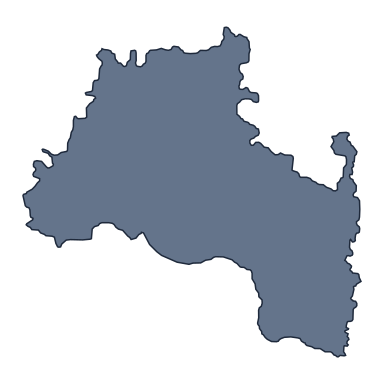 the district of Yizre'el, HaZafon, Israel
{"feature_id": "584046B83064859640631", "entity_name": "Yizre'el", "entity_type": "district", "adm_level": 2, "iso_a3": "ISR", "parent_name": "Israel", "parent_adm1": "HaZafon", "projection": "natural_earth1", "projection_center": [35.352, 32.606], "detail": "fine", "context": "isolated", "style": "filled", "palette": "slate", "viewbox_px": 384, "rotation_deg": 0, "n_neighbors": 0, "source": "geoboundaries", "source_scale": "gbopen_adm2", "svg_char_len": 5890}
<svg xmlns="http://www.w3.org/2000/svg" viewBox="0 0 384 384"><path d="M34.3,161.4L33.4,164.3L33.6,166.6L35.5,168.1L35.8,169.9L35.3,171.0L33.7,172.5L33.0,174.6L33.7,176.4L39.6,178.6L39.6,180.9L37.5,182.8L35.0,186.3L32.2,189.2L26.8,192.2L26.4,193.5L23.5,194.4L23.0,195.7L25.3,205.7L26.7,207.1L29.0,207.8L29.9,209.9L30.3,215.8L30.9,217.3L33.0,218.3L32.7,219.8L26.8,223.7L26.2,224.8L27.9,226.3L30.3,227.4L31.8,229.6L38.4,230.1L40.6,232.9L44.4,234.4L45.9,235.7L52.1,236.2L54.4,237.2L55.9,243.4L57.6,246.8L58.8,247.2L60.6,246.9L61.7,244.1L66.2,240.1L70.4,239.6L82.7,239.9L90.1,239.2L91.4,238.7L92.2,229.0L94.5,226.6L98.2,225.5L99.6,223.6L101.8,222.7L108.8,222.7L112.3,223.3L114.1,224.5L115.9,227.2L118.4,229.1L122.7,230.3L127.8,236.1L129.8,237.5L131.1,239.5L136.0,238.1L138.8,234.5L141.1,233.4L141.4,232.3L143.5,232.9L149.6,244.5L156.8,251.7L161.6,255.4L177.1,262.2L189.0,264.3L193.0,263.1L200.7,262.9L205.6,260.2L210.9,259.4L213.7,257.3L215.6,256.7L223.3,256.9L232.1,259.8L234.5,262.1L237.1,263.5L239.9,266.7L241.0,267.2L244.2,267.4L247.0,269.5L250.1,269.8L251.3,270.9L252.1,273.3L252.1,278.8L255.1,283.8L255.8,289.2L258.6,293.0L258.9,296.8L262.0,299.9L262.2,303.2L261.3,306.3L259.3,307.8L258.6,310.2L258.7,317.8L257.6,323.1L258.0,324.6L259.3,326.2L259.5,328.6L261.6,331.4L261.9,333.9L263.3,334.7L265.2,337.4L267.3,339.3L271.5,341.5L276.4,341.7L278.3,341.2L279.4,339.6L281.2,338.5L284.4,337.3L290.8,336.9L297.8,337.9L300.0,338.5L301.5,341.1L303.9,342.7L305.2,343.0L305.5,344.3L306.9,345.5L311.7,346.7L314.8,348.5L320.2,348.6L325.1,351.8L330.6,351.8L332.2,352.8L334.0,355.0L335.5,355.4L337.2,356.8L338.3,356.8L340.1,355.4L344.2,355.8L345.6,355.4L345.1,354.0L343.6,351.8L343.9,346.8L344.3,345.8L347.2,346.1L348.2,344.9L346.9,343.4L347.0,341.9L347.6,340.6L348.9,339.5L348.5,338.0L347.2,336.6L348.1,333.8L345.3,332.4L344.8,331.5L345.1,330.7L348.3,329.4L348.5,328.6L346.2,327.5L346.3,325.5L347.2,322.1L348.0,321.5L350.8,321.3L352.1,320.7L352.9,319.4L353.2,309.6L353.9,308.3L355.8,307.1L356.8,305.7L356.8,303.4L355.6,301.3L353.0,300.9L352.8,300.4L351.3,299.5L350.7,298.2L352.4,296.0L353.9,289.4L353.5,286.8L354.2,286.2L355.7,286.0L356.5,284.2L361.0,281.4L359.3,277.8L358.8,274.6L357.8,273.6L352.6,273.0L351.7,271.4L350.3,270.6L349.9,269.3L351.2,267.6L351.5,266.1L349.5,264.0L347.4,263.1L346.2,261.3L344.8,260.4L346.9,255.9L348.2,255.6L350.1,256.1L352.2,255.2L352.7,254.3L352.7,252.8L351.9,250.6L350.4,249.6L349.5,247.3L349.9,240.2L350.6,239.4L352.4,242.0L353.9,241.8L355.3,240.7L355.1,238.4L355.6,234.7L356.6,233.2L358.3,232.9L359.3,232.1L359.7,228.8L359.3,226.9L357.2,225.1L356.5,223.5L356.5,221.7L358.9,219.8L359.5,217.1L359.8,209.3L359.5,200.7L357.5,197.6L353.7,196.7L353.1,195.0L353.8,193.1L356.1,191.1L356.3,185.6L353.4,181.7L352.8,179.6L350.4,178.5L349.5,176.3L349.9,174.5L352.1,174.5L352.6,172.1L351.7,168.0L353.4,166.5L353.6,164.9L352.7,162.7L353.2,161.8L354.2,161.8L354.7,155.8L356.3,154.3L356.9,151.7L352.8,146.1L351.3,145.4L350.0,142.0L348.3,141.3L346.8,139.1L347.5,136.3L349.2,135.1L348.7,133.2L346.3,132.4L339.6,132.8L336.4,136.0L332.2,136.4L332.0,137.5L333.2,138.9L333.8,141.8L331.0,146.6L333.9,150.5L334.4,152.9L335.9,154.3L344.8,155.8L345.9,156.7L346.5,159.5L346.4,164.5L343.6,167.9L343.2,177.0L342.5,177.7L341.0,178.1L339.5,181.5L337.3,183.3L337.5,189.6L335.5,190.9L333.1,190.7L331.0,188.9L326.5,187.3L323.3,184.7L319.2,184.5L317.3,183.7L315.9,182.3L312.3,180.9L310.2,178.5L306.8,177.3L300.5,177.3L299.6,176.4L298.8,173.8L297.2,172.1L293.1,170.8L292.0,170.0L293.3,158.3L292.9,156.5L291.0,155.2L284.7,155.0L280.5,153.0L278.2,154.6L275.1,154.8L271.2,151.6L268.2,147.8L264.2,147.2L260.7,143.4L258.8,142.3L255.7,142.4L253.4,145.2L251.3,145.3L249.9,143.2L249.8,140.5L251.2,139.0L253.8,138.1L255.5,136.4L258.2,135.2L259.2,133.0L258.4,129.0L256.3,128.5L254.8,126.3L253.2,125.2L249.6,124.3L248.5,122.7L247.5,122.2L244.0,121.3L242.5,118.9L241.0,118.6L239.6,116.4L236.9,114.2L236.8,105.5L237.4,103.7L239.6,102.1L241.6,99.7L245.2,98.8L249.0,98.9L251.5,99.5L253.3,101.6L256.4,102.4L258.3,101.8L258.6,100.2L258.5,95.6L257.4,93.5L256.1,92.9L251.0,92.5L249.5,91.6L247.7,88.1L246.0,87.5L243.0,89.4L240.5,89.3L239.3,88.7L238.9,86.0L239.6,84.7L239.9,81.7L240.9,80.1L242.8,79.0L243.2,76.5L242.3,74.1L241.0,73.3L239.9,71.8L239.0,69.2L239.5,65.3L241.1,63.7L246.4,62.8L248.3,61.9L248.9,60.7L249.0,53.7L250.2,49.5L249.4,48.0L249.0,41.7L246.8,38.3L246.8,37.5L243.8,36.7L240.1,34.4L238.9,34.5L237.4,36.1L235.9,36.6L234.8,36.2L234.5,34.8L230.9,32.4L229.8,29.9L227.9,27.7L226.2,27.2L224.3,27.6L223.2,34.5L224.2,36.7L223.8,39.1L221.8,41.4L221.3,43.8L220.1,45.9L217.5,46.6L214.6,46.4L211.3,47.3L208.6,49.8L206.3,50.5L200.4,50.4L197.7,52.8L195.9,53.3L190.2,53.6L185.2,53.2L183.8,52.7L182.6,50.5L181.0,49.9L178.5,47.0L173.9,46.3L172.5,47.0L171.1,49.5L168.4,50.3L165.4,49.8L161.3,48.4L156.5,49.9L150.5,50.3L149.6,50.8L148.3,52.9L146.7,53.6L146.0,55.4L146.0,61.5L145.2,63.2L143.4,64.2L142.2,66.0L140.5,66.8L137.3,66.3L136.3,65.6L135.5,63.0L136.2,60.5L136.1,52.9L135.7,50.9L134.7,50.3L131.0,50.9L130.5,53.5L130.3,59.6L127.3,62.3L126.4,65.7L124.8,66.5L123.5,66.3L120.6,63.1L118.2,63.1L117.6,61.8L115.3,59.0L114.7,54.2L111.7,53.0L110.8,51.0L108.1,50.0L103.9,49.5L102.0,48.7L101.5,50.4L99.4,51.9L97.9,54.3L96.5,55.1L97.1,56.6L98.7,58.6L101.9,61.2L102.3,62.9L102.1,64.9L101.0,66.2L99.6,68.9L98.9,78.7L97.7,80.2L94.5,80.6L93.2,82.7L92.5,90.5L91.3,91.5L86.2,92.5L85.4,93.1L86.2,94.9L92.5,95.6L94.8,96.5L95.6,98.1L93.8,99.5L93.4,101.3L89.8,103.7L86.4,108.0L86.7,117.1L85.2,118.3L78.6,118.7L77.4,118.4L75.7,116.3L74.4,116.6L73.4,120.4L73.4,126.7L72.8,129.8L71.3,132.3L70.3,137.9L69.1,139.6L67.7,143.1L67.5,150.1L66.8,151.4L61.2,152.5L57.7,154.9L54.2,155.2L51.3,154.1L48.4,151.2L44.4,149.5L42.9,149.1L42.2,149.5L42.8,151.3L43.3,151.8L48.1,153.3L49.7,155.8L51.9,157.2L52.5,163.1L53.4,164.2L53.0,165.8L49.5,167.8L47.9,168.0L46.5,167.0L41.6,161.4L36.9,160.7L34.3,161.4Z" fill="#64748b" stroke="#1e293b" stroke-width="1.5"/></svg>